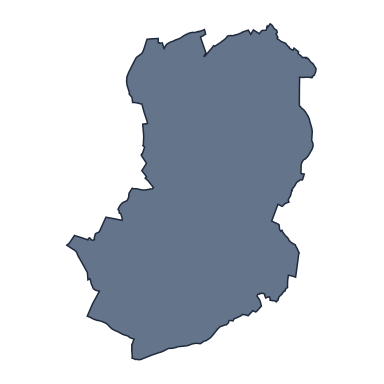 outline of Sacueni, Bihor, Romania, rotated 269°
{"feature_id": "2599482B16582561953184", "entity_name": "Sacueni", "entity_type": "district", "adm_level": 2, "iso_a3": "ROU", "parent_name": "Romania", "parent_adm1": "Bihor", "projection": "natural_earth1", "projection_center": [22.114, 47.344], "detail": "fine", "context": "isolated", "style": "filled", "palette": "slate", "viewbox_px": 384, "rotation_deg": 269, "n_neighbors": 0, "source": "geoboundaries", "source_scale": "gbopen_adm2", "svg_char_len": 5952}
<svg xmlns="http://www.w3.org/2000/svg" viewBox="0 0 384 384"><g transform="rotate(269 192 192)"><path d="M304.4,314.3L305.5,314.1L305.7,314.5L305.9,315.2L306.3,315.9L306.6,316.2L309.7,317.6L312.0,318.1L313.3,318.1L316.5,316.2L318.5,314.9L319.4,313.5L321.5,311.8L323.5,310.5L323.9,308.1L324.5,308.5L324.6,306.0L324.4,305.0L324.7,304.6L326.1,303.5L328.4,300.7L328.9,300.5L330.3,301.0L334.1,296.5L332.0,295.5L333.4,292.8L334.2,291.9L335.0,291.9L335.9,290.6L337.7,289.1L339.0,288.3L340.9,283.8L343.1,281.0L343.8,279.9L344.2,279.9L345.1,280.3L345.2,280.5L346.1,280.1L347.7,279.3L348.5,278.8L348.8,278.8L349.8,280.0L350.3,280.0L351.9,279.6L352.6,279.1L352.9,278.4L353.8,277.1L354.1,276.9L356.2,275.7L357.7,274.6L358.4,273.6L358.8,273.1L355.7,270.8L356.6,270.1L355.9,269.8L354.8,269.5L353.5,269.4L352.8,269.0L352.5,268.6L352.3,267.6L352.4,265.8L352.3,265.1L351.8,264.2L349.1,262.1L353.0,256.2L348.6,253.5L352.9,251.1L350.9,244.9L350.5,244.7L348.8,240.4L348.5,239.1L348.1,237.1L347.7,236.9L347.7,236.6L347.6,234.9L347.8,233.2L347.4,230.5L347.1,230.0L346.4,229.6L344.6,228.0L342.9,225.8L342.4,224.9L341.2,223.5L338.0,218.4L337.2,216.9L337.9,216.2L337.7,216.0L335.2,214.0L330.9,210.2L327.5,207.1L327.7,206.4L330.6,208.3L331.0,208.3L339.4,205.5L346.8,203.2L348.3,206.4L349.7,208.4L354.2,207.3L353.6,205.9L352.1,201.6L352.5,201.5L351.4,197.6L351.6,195.6L351.3,193.5L350.5,190.8L348.6,186.8L346.0,183.0L344.2,177.9L343.0,175.5L342.5,173.6L341.8,172.2L340.4,169.6L339.1,168.4L336.0,166.7L340.2,165.2L341.5,165.0L341.4,162.2L341.8,162.1L341.8,160.9L346.1,160.9L345.8,153.2L345.5,149.7L337.5,147.0L333.2,145.4L332.2,144.7L331.2,144.0L328.1,139.5L327.0,138.4L324.5,137.0L321.2,135.2L313.0,130.9L311.4,130.2L308.1,128.9L303.2,128.5L301.3,128.8L299.9,128.9L292.6,131.1L291.0,130.9L289.9,131.9L287.4,133.7L282.5,134.2L282.5,134.7L282.5,135.9L282.1,138.2L281.9,139.3L281.0,142.1L280.9,143.4L272.2,145.6L269.4,146.5L268.4,146.8L263.7,148.3L262.1,148.5L261.2,148.6L260.7,143.9L248.7,144.7L240.1,144.2L239.4,143.7L237.7,145.4L231.0,143.0L231.0,142.4L229.6,141.9L221.5,147.0L214.2,142.2L208.1,146.8L206.7,145.4L203.8,148.4L197.1,153.6L195.7,152.1L195.7,151.9L195.7,149.9L195.4,148.8L194.9,145.7L194.9,143.8L194.8,142.9L195.4,140.0L196.3,136.3L196.3,135.6L196.2,133.9L196.5,133.1L196.9,132.3L192.2,129.2L191.1,128.9L188.3,128.6L186.3,127.9L185.2,127.3L184.4,126.6L183.5,124.7L182.9,123.1L181.9,121.7L180.6,120.6L179.2,119.4L175.9,117.7L174.7,118.6L174.1,118.8L172.5,118.8L172.2,118.9L172.0,119.3L171.7,120.3L167.2,121.7L165.5,121.7L164.9,121.7L166.8,112.9L168.3,105.5L153.8,98.6L152.0,94.8L151.4,94.5L147.4,93.4L147.0,93.4L146.3,93.7L146.0,93.6L145.6,92.5L145.7,90.5L147.1,89.8L147.9,88.9L147.9,88.6L147.8,88.3L147.5,88.0L147.1,87.5L145.9,87.1L148.7,79.5L148.7,79.4L149.8,76.1L150.4,74.0L150.6,73.7L144.9,69.8L142.3,67.8L141.5,66.3L140.9,65.9L140.0,67.4L139.1,68.7L138.0,70.2L136.0,73.3L135.0,74.7L133.2,75.8L131.8,76.2L129.2,77.4L125.7,79.4L119.7,82.6L113.3,86.0L106.0,86.4L107.1,88.4L107.1,88.5L101.3,89.9L99.4,90.8L97.4,91.5L96.4,92.5L95.5,93.8L94.4,97.7L82.3,90.8L69.7,85.1L68.6,87.7L67.0,90.6L66.3,92.2L65.4,94.6L64.7,98.3L63.3,101.4L62.1,104.0L60.2,106.1L58.4,107.6L56.4,109.8L54.9,112.5L53.4,115.9L51.2,119.6L50.2,122.0L49.6,124.1L48.9,125.8L48.2,126.4L47.5,127.3L45.9,131.5L44.5,130.8L40.6,129.5L40.6,129.2L34.1,129.0L32.0,129.2L28.7,129.4L27.0,129.1L26.4,130.7L25.5,132.8L25.6,134.3L25.2,135.8L25.4,137.8L27.3,142.7L29.6,148.9L32.0,156.2L32.3,157.7L33.5,160.8L36.0,165.7L36.0,167.9L36.1,169.7L36.9,173.6L37.5,174.9L38.4,184.7L40.2,190.0L40.7,193.6L40.2,197.7L42.8,201.7L43.0,202.3L42.9,203.1L45.0,206.6L46.1,208.0L48.2,210.0L54.1,214.9L56.5,217.3L56.7,217.6L58.3,222.0L58.6,223.9L58.9,224.4L60.7,226.2L61.1,226.4L62.3,226.5L62.7,227.0L62.9,227.7L62.9,228.5L62.4,230.2L62.4,230.6L62.6,230.9L64.4,231.8L65.5,234.6L67.3,238.7L67.7,239.2L68.7,240.2L68.7,240.6L68.4,241.0L68.4,241.9L68.4,243.3L68.0,243.9L67.5,245.2L67.4,246.2L69.2,247.8L71.5,250.1L72.3,250.5L70.9,253.7L71.8,254.8L76.7,259.4L80.6,258.5L82.2,258.0L83.9,257.2L86.7,255.2L88.5,255.9L88.8,257.8L89.4,258.0L89.5,258.2L89.3,258.5L89.3,258.8L89.6,259.8L89.6,260.2L89.3,260.6L89.3,261.6L89.1,261.8L88.9,262.4L88.7,262.8L87.0,263.0L86.5,263.2L84.7,263.9L84.9,264.3L85.4,265.2L85.8,267.5L84.5,268.1L83.5,268.3L82.4,268.1L81.6,273.0L81.4,273.8L81.1,274.1L80.7,274.3L82.6,276.3L83.4,276.4L83.9,276.6L84.1,276.5L84.5,276.8L85.6,277.2L86.0,277.5L86.6,278.2L88.3,280.2L89.6,280.9L89.8,281.3L91.2,282.4L91.3,282.6L91.4,283.1L91.5,283.4L92.2,283.5L92.4,283.4L92.5,283.5L93.1,284.0L93.7,284.2L94.8,285.9L95.9,285.8L101.9,286.1L107.1,286.9L106.3,290.6L105.0,294.1L113.2,295.4L121.2,296.6L128.8,297.7L129.0,298.1L133.9,296.0L135.8,294.9L137.5,294.3L137.8,293.6L140.0,289.9L141.2,289.0L141.4,288.4L142.4,288.0L143.6,287.5L145.3,286.2L146.7,284.6L150.5,281.9L152.1,281.4L151.9,281.0L151.2,280.0L152.8,279.1L153.3,278.9L153.8,278.8L154.4,278.8L157.1,278.6L157.6,278.5L158.0,278.2L158.2,277.9L158.6,277.2L160.5,273.2L161.6,271.2L178.2,277.7L176.4,281.2L176.1,282.1L177.5,283.4L178.6,284.7L179.0,285.3L179.3,286.0L179.8,287.6L180.3,288.8L182.2,288.0L184.4,289.1L186.3,290.3L187.6,290.8L189.8,291.2L190.7,291.6L191.5,292.2L191.8,291.7L192.4,291.8L196.2,294.7L199.5,296.6L200.3,297.4L200.7,298.4L201.2,299.1L201.8,299.7L202.2,300.4L202.1,301.8L202.1,302.4L202.4,302.7L203.6,303.2L205.0,303.5L205.3,303.8L208.0,304.5L208.5,301.5L209.0,301.5L209.2,301.3L210.9,301.3L211.7,301.4L217.0,301.6L218.4,301.9L219.7,302.5L221.5,303.5L222.1,304.1L222.5,304.6L223.0,305.8L224.8,307.7L226.4,309.0L229.1,310.7L233.3,313.1L235.3,313.7L236.5,313.9L239.0,313.6L241.4,312.6L241.9,312.6L249.0,313.2L250.7,313.3L253.4,312.9L255.3,312.5L256.6,312.1L260.7,311.0L263.4,310.4L264.2,310.0L266.3,309.1L267.8,308.1L269.8,307.0L272.2,305.2L274.2,302.7L275.4,301.9L276.3,300.9L280.6,300.9L296.8,301.3L304.2,301.6L304.8,301.5L304.6,305.0L304.8,308.0L304.7,311.2L304.2,312.8L304.3,314.1L304.4,314.3Z" fill="#64748b" stroke="#1e293b" stroke-width="1.5"/></g></svg>